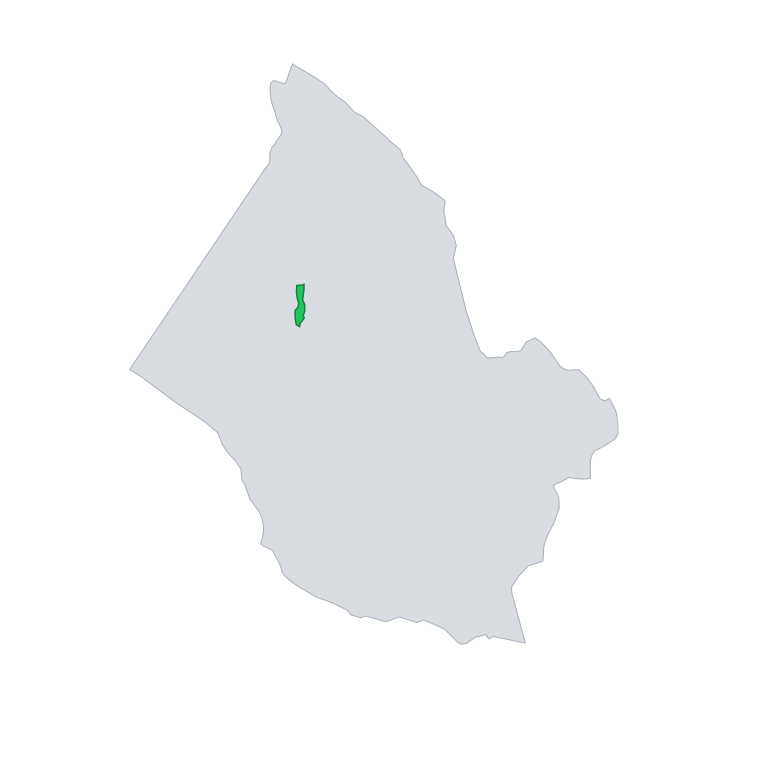 Butambala on a map of Uganda (Natural Earth projection), rotated 124°
{"feature_id": "UGA-5599", "entity_name": "Butambala", "entity_type": "District", "adm_level": 1, "iso_a3": "UGA", "parent_name": "Uganda", "parent_adm1": "", "projection": "natural_earth1", "projection_center": [32.064, 0.13], "detail": "fine", "context": "in_parent", "style": "filled", "palette": "green", "viewbox_px": 768, "rotation_deg": 124, "n_neighbors": 0, "source": "natural_earth", "source_scale": "10m", "svg_char_len": 2657}
<svg xmlns="http://www.w3.org/2000/svg" viewBox="0 0 768 768"><g transform="rotate(124 384 384)"><path d="M514.1,603.0L505.4,603.0L491.2,603.0L477.1,603.0L462.9,603.0L448.8,603.0L434.6,603.0L420.4,603.0L406.3,603.0L392.1,603.0L378.0,603.0L363.8,603.0L349.6,603.0L335.5,603.0L321.3,603.0L307.2,603.0L293.0,603.0L278.9,603.0L270.5,603.0L268.8,602.8L267.7,602.4L262.3,603.5L256.8,607.6L250.9,609.3L244.6,608.6L243.8,609.0L240.6,608.9L236.1,608.7L231.9,609.7L228.8,613.3L225.5,619.3L219.7,626.3L215.2,632.4L211.3,636.8L202.5,644.0L197.7,646.1L195.3,645.8L193.8,644.5L191.0,635.2L189.3,633.8L172.1,638.5L169.5,638.6L169.8,635.7L168.5,614.0L168.3,600.8L170.6,592.4L171.9,582.9L172.0,574.4L175.2,560.0L174.0,551.4L178.1,521.2L179.2,516.3L180.7,501.6L183.3,497.1L185.5,495.4L188.5,486.4L194.1,472.1L198.0,464.7L197.2,448.6L197.8,437.7L198.7,435.2L207.0,431.2L217.8,421.0L222.3,409.1L228.8,401.5L241.3,396.6L278.3,355.7L295.5,333.6L303.0,322.3L303.3,318.3L304.7,313.0L301.7,308.8L298.1,305.0L296.9,301.6L293.8,299.8L289.4,299.9L286.5,297.4L283.2,292.4L279.8,289.3L269.4,289.5L261.3,284.5L261.4,277.6L264.5,264.0L270.7,248.4L271.0,244.1L270.2,240.4L268.7,237.3L265.9,234.2L263.3,230.5L265.3,219.2L269.2,208.3L272.4,202.8L275.5,196.6L274.6,191.6L270.1,189.1L272.4,184.2L277.3,175.9L286.7,167.5L295.0,161.9L300.6,161.9L311.4,166.3L321.1,171.6L326.5,171.9L333.0,169.7L346.4,160.3L349.7,163.3L353.6,169.0L357.9,178.3L366.3,182.6L370.4,185.5L373.3,186.4L374.9,185.6L378.2,178.3L382.0,174.3L389.2,169.2L405.1,165.2L416.4,164.0L421.2,163.1L429.2,160.7L441.9,153.2L454.4,162.9L467.9,164.8L481.0,164.7L485.0,161.8L487.3,159.5L501.1,143.5L519.8,121.9L532.2,152.4L536.5,154.2L535.9,156.8L534.8,159.4L542.9,166.7L553.0,170.6L556.5,174.4L556.9,178.4L553.5,196.3L554.1,201.4L557.4,219.2L563.3,223.2L568.6,241.2L579.3,248.9L580.8,251.1L583.3,259.8L586.6,269.3L589.2,271.6L590.7,272.1L593.9,282.2L592.1,287.9L594.5,305.2L598.5,320.7L599.6,339.2L599.7,347.3L599.5,352.3L598.6,359.3L596.7,363.4L593.3,367.3L589.5,373.5L586.2,380.2L584.2,383.5L585.8,393.4L585.4,396.0L584.5,397.3L579.7,398.8L573.5,401.5L569.7,404.2L564.4,409.2L560.1,414.7L554.5,430.8L545.1,443.3L543.5,447.5L534.6,455.0L530.7,464.2L528.2,475.5L524.8,483.6L517.3,494.7L515.5,512.3L515.8,547.4L513.8,587.3L514.1,603.0Z" fill="#d9dde1" stroke="#a8b0b8" stroke-width="1"/><path d="M380.9,487.4L383.6,486.1L383.8,489.8L382.2,491.6L380.0,493.7L376.1,496.6L372.7,498.9L368.6,498.2L364.5,500.0L361.6,503.7L356.6,508.1L351.0,511.4L347.6,506.9L346.1,506.1L350.0,503.4L355.9,500.5L359.8,498.4L362.7,494.0L367.9,490.5L372.5,489.2L373.8,487.1L375.3,487.0L380.9,487.4Z" fill="#22c55e" stroke="#15803d" stroke-width="1.5"/></g></svg>